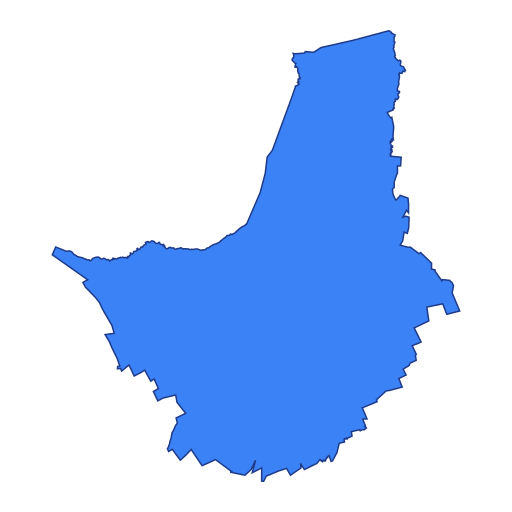 outline of Ngaka Modiri Molema, North West, South Africa
{"feature_id": "47623444B28912463422483", "entity_name": "Ngaka Modiri Molema", "entity_type": "district", "adm_level": 2, "iso_a3": "ZAF", "parent_name": "South Africa", "parent_adm1": "North West", "projection": "orthographic", "projection_center": [25.83, -25.802], "detail": "fine", "context": "isolated", "style": "filled", "palette": "blue", "viewbox_px": 512, "rotation_deg": 0, "n_neighbors": 0, "source": "geoboundaries", "source_scale": "gbopen_adm2", "svg_char_len": 5980}
<svg xmlns="http://www.w3.org/2000/svg" viewBox="0 0 512 512"><path d="M400.3,64.2L400.8,62.4L400.8,61.5L400.5,60.5L399.5,60.2L398.5,60.8L397.9,60.6L396.3,59.0L394.6,56.7L395.3,55.6L394.8,54.2L395.0,53.4L393.3,48.6L394.1,47.0L393.6,46.1L394.9,42.4L394.7,41.9L393.9,41.4L394.1,39.5L394.0,37.3L394.9,36.3L395.0,34.8L391.6,33.4L391.7,32.6L389.0,30.7L352.7,40.4L321.1,47.5L313.6,52.3L305.3,51.6L304.3,53.1L294.9,53.8L293.2,53.4L293.7,54.8L293.7,57.2L293.5,57.6L292.5,58.3L292.1,60.2L295.5,63.7L295.8,63.7L295.0,66.3L295.1,67.2L295.6,67.3L296.2,66.7L296.5,66.6L296.9,67.3L297.6,67.7L297.9,69.6L297.7,71.1L298.2,72.2L298.1,72.9L299.0,73.5L299.3,76.8L299.7,77.8L300.3,78.0L299.6,79.1L298.7,78.8L298.1,79.2L298.1,81.0L298.8,81.6L298.9,81.9L297.7,82.1L297.4,82.4L299.1,84.2L298.4,84.8L297.4,85.1L297.1,85.6L295.4,86.1L295.5,86.5L291.9,97.0L272.3,150.4L267.2,157.0L265.2,173.5L260.2,192.5L246.5,224.3L245.9,224.3L244.1,226.0L242.5,226.5L238.4,229.5L237.9,230.4L237.2,230.6L234.7,233.2L233.7,233.5L232.5,234.4L232.2,234.2L231.3,234.4L230.5,234.0L229.9,235.0L229.0,235.4L227.0,235.5L226.4,236.5L225.4,237.1L224.6,238.2L224.0,238.2L223.1,238.9L221.6,240.3L220.9,240.6L219.9,241.8L218.7,242.6L216.3,243.7L212.7,244.9L211.3,246.0L210.2,246.4L209.3,247.5L206.7,248.2L205.9,249.2L205.0,249.6L203.6,250.0L202.7,249.8L201.1,250.4L197.6,249.0L195.1,249.0L193.3,249.5L191.5,249.2L191.0,249.6L189.4,249.4L188.7,249.0L184.4,248.7L183.7,249.1L183.0,248.6L181.9,248.5L181.4,247.9L180.9,247.7L178.9,248.5L177.4,248.5L176.0,249.2L174.8,249.1L174.3,248.4L173.5,247.9L171.3,248.0L170.4,247.3L168.9,247.6L167.6,248.6L166.6,248.8L165.6,248.2L165.1,247.3L164.4,247.0L164.6,245.9L163.2,245.8L163.2,245.4L163.7,244.7L163.6,244.4L162.7,244.7L160.6,244.4L160.1,243.9L159.5,242.4L158.8,242.5L157.8,243.5L156.0,243.3L154.8,242.6L154.4,241.6L151.9,240.8L149.1,242.6L148.5,242.4L148.2,241.6L147.7,241.5L145.4,242.4L145.4,242.8L146.1,243.5L146.0,244.1L143.6,245.4L142.6,247.1L141.1,247.0L139.6,249.4L138.7,249.4L137.5,248.3L137.0,248.7L137.4,249.8L136.9,250.0L137.0,250.5L136.0,251.1L133.9,251.5L132.9,253.6L131.6,254.1L130.8,253.0L130.3,253.0L130.3,255.5L129.4,255.7L128.9,256.5L127.7,256.5L127.4,257.1L127.9,257.7L127.7,258.0L127.2,258.1L125.6,257.4L123.8,257.8L122.8,257.1L121.4,257.6L120.6,257.3L119.5,257.8L118.4,257.9L116.6,259.1L115.0,258.4L113.9,259.4L113.5,259.3L113.4,258.4L113.0,258.1L112.6,258.6L112.5,259.7L111.1,259.8L109.8,261.1L108.5,259.6L107.8,259.5L106.9,260.0L105.0,258.7L104.0,258.3L103.0,258.4L102.3,259.0L101.6,259.0L100.5,258.7L99.6,257.7L98.3,257.0L95.3,257.4L92.7,258.5L90.8,260.8L90.1,260.9L89.6,260.1L89.1,259.8L87.1,259.9L86.3,259.3L83.7,258.5L82.9,257.9L77.4,256.6L75.6,255.2L74.0,254.5L72.0,252.1L70.5,251.2L69.1,250.9L67.2,251.3L66.1,251.2L55.7,247.0L52.3,254.8L87.7,279.8L82.9,282.4L85.5,287.2L95.3,297.3L99.5,302.6L101.5,307.1L104.6,312.9L111.9,325.4L114.2,333.3L105.1,334.6L109.5,342.0L112.2,348.4L117.0,358.0L119.8,366.0L117.7,366.5L117.4,368.8L120.6,368.5L121.6,371.1L129.0,365.0L134.2,376.0L140.4,372.8L144.7,370.2L150.8,381.2L154.1,378.9L158.4,388.5L153.4,391.5L157.8,400.9L162.9,398.1L175.7,395.0L177.0,402.4L185.7,413.3L176.1,417.9L176.7,420.7L177.4,422.5L176.6,424.2L175.7,425.3L173.0,431.3L172.1,432.5L171.1,438.1L169.9,441.5L169.6,443.7L168.1,447.7L167.4,448.6L168.6,451.5L172.3,449.3L180.3,460.2L185.7,455.3L191.2,449.5L202.1,465.7L215.5,459.6L231.8,471.7L230.2,472.2L245.0,475.2L251.1,469.5L255.6,460.2L252.2,472.7L261.7,468.0L261.6,481.1L263.7,481.3L266.2,476.2L278.3,471.1L286.5,468.4L290.5,475.2L301.0,467.9L300.5,463.4L304.4,469.5L316.9,463.4L320.0,459.5L321.5,460.5L321.2,460.9L322.6,461.8L323.4,460.4L324.2,460.8L324.3,460.2L325.5,460.8L326.5,457.6L327.6,457.7L327.7,456.5L329.0,455.5L331.1,461.4L332.5,460.9L336.9,452.7L339.2,443.3L344.5,442.0L344.0,439.9L344.8,439.5L344.5,438.9L346.3,438.1L347.3,439.7L346.9,438.5L352.0,436.1L351.4,431.6L359.6,429.8L360.2,430.8L362.5,429.6L364.4,429.7L366.4,428.0L364.9,426.4L365.5,426.0L362.7,419.1L367.0,418.9L362.3,407.8L377.1,401.7L376.4,399.9L386.0,391.0L389.6,390.4L402.2,387.1L398.8,378.5L406.1,375.0L403.2,369.1L409.2,365.5L410.0,363.2L416.2,360.3L415.4,355.2L416.3,354.4L412.2,345.6L418.6,343.2L421.1,341.9L414.2,327.9L428.8,320.9L426.8,307.1L442.7,303.8L446.8,314.3L459.7,311.0L452.2,293.0L453.5,285.5L451.8,282.2L450.2,281.3L449.9,280.4L442.6,279.6L441.8,280.8L435.1,271.2L435.0,269.8L431.5,269.1L431.6,263.2L420.6,252.5L419.1,253.7L410.2,247.1L408.3,247.3L400.1,245.2L402.6,241.1L404.1,232.1L407.3,233.4L408.7,227.8L409.1,217.2L405.7,216.2L402.9,217.2L406.5,210.2L408.5,212.8L408.6,204.6L408.0,198.1L400.3,195.4L396.5,199.8L395.6,199.9L393.8,196.1L392.8,193.4L392.5,188.9L394.2,187.5L394.2,182.0L396.4,175.3L397.5,173.0L397.4,166.0L400.6,165.9L401.2,157.2L390.5,156.2L390.4,155.5L390.8,155.5L390.5,154.8L390.9,154.2L390.7,153.7L390.9,153.4L390.6,153.5L390.9,152.7L390.7,152.4L390.9,152.2L391.2,152.6L391.6,152.6L391.7,151.7L392.2,151.3L392.0,151.0L391.7,151.2L391.8,150.6L391.2,150.2L391.7,149.9L390.6,149.4L391.4,148.5L391.3,147.6L391.7,147.5L391.4,147.1L392.1,147.2L392.1,146.8L392.5,147.0L392.5,146.5L392.6,146.1L391.4,145.5L390.1,143.2L390.5,142.2L390.7,142.6L390.9,142.4L390.9,142.1L390.6,141.8L390.8,141.8L390.9,141.2L391.2,141.5L391.6,141.1L391.6,141.8L392.0,141.4L391.8,141.0L392.5,140.6L391.6,140.2L391.5,139.6L392.1,139.4L392.0,139.1L392.3,138.9L392.9,139.1L392.6,138.6L393.2,138.4L393.0,136.6L393.7,126.6L391.8,117.3L390.8,118.0L388.5,115.0L387.2,112.4L393.0,110.0L392.9,109.1L393.4,109.1L393.5,108.6L394.4,108.0L393.7,106.6L393.8,105.4L394.2,104.8L394.0,102.5L395.4,101.3L395.5,100.6L395.1,100.0L395.2,99.3L395.4,98.9L396.0,98.9L397.0,99.5L398.0,98.7L398.8,97.0L397.7,94.8L398.2,93.8L399.4,92.7L399.6,91.9L399.0,91.2L398.1,91.3L397.6,90.9L397.3,88.5L398.9,84.2L398.6,81.4L399.4,77.8L399.4,75.3L398.7,74.4L399.5,73.7L399.6,72.8L401.2,73.4L401.9,73.4L402.7,72.0L402.9,71.1L404.7,71.6L405.5,70.2L404.1,68.3L403.6,66.9L401.0,65.9L400.4,65.2L400.3,64.2Z" fill="#3b82f6" stroke="#1e3a8a" stroke-width="1.5"/></svg>